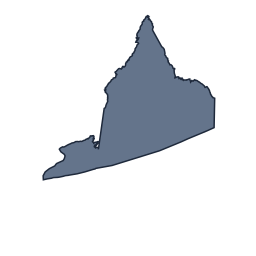 Pemba, Southern, Zambia, rotated 43°
{"feature_id": "96606910B89551378676560", "entity_name": "Pemba", "entity_type": "district", "adm_level": 2, "iso_a3": "ZMB", "parent_name": "Zambia", "parent_adm1": "Southern", "projection": "equal_earth", "projection_center": [27.31, -16.765], "detail": "fine", "context": "isolated", "style": "filled", "palette": "slate", "viewbox_px": 256, "rotation_deg": 43, "n_neighbors": 0, "source": "geoboundaries", "source_scale": "gbopen_adm2", "svg_char_len": 5425}
<svg xmlns="http://www.w3.org/2000/svg" viewBox="0 0 256 256"><g transform="rotate(43 128 128)"><path d="M101.4,223.6L103.7,220.2L106.2,217.0L107.3,215.1L110.4,211.9L111.4,210.6L113.5,207.6L114.8,205.4L116.5,203.5L117.1,202.6L122.1,196.1L126.4,189.5L130.7,182.1L131.9,180.3L132.0,179.5L141.9,166.3L166.6,123.1L176.3,101.9L179.3,94.7L187.8,76.0L190.7,69.0L171.1,47.1L170.1,47.5L169.5,47.9L168.7,47.6L167.9,47.8L167.2,47.5L166.6,47.1L166.0,47.2L165.5,47.1L164.9,46.6L164.4,46.4L163.9,46.0L163.2,45.9L162.5,45.3L161.1,44.7L160.8,44.8L160.2,44.4L159.8,44.3L158.8,44.2L157.6,43.9L157.3,44.2L156.9,45.4L156.6,45.8L155.3,45.2L151.9,45.3L150.8,45.7L148.9,45.7L148.3,46.0L146.3,46.2L145.8,46.4L145.5,46.5L145.2,46.9L144.8,46.9L144.6,47.3L144.2,47.2L143.8,47.3L143.8,47.6L143.6,48.3L143.7,49.0L143.6,49.4L143.0,49.6L142.3,49.7L142.3,50.4L142.5,50.7L142.5,51.2L142.5,51.7L141.8,51.1L140.4,50.6L139.9,50.0L139.7,50.1L139.2,50.7L138.1,53.1L137.7,53.1L137.5,53.6L135.9,54.9L135.9,55.2L135.7,55.1L135.4,55.3L135.3,55.1L135.1,55.2L134.8,54.9L134.2,54.9L133.9,55.4L133.7,55.2L133.7,55.3L133.6,55.2L133.3,55.3L133.2,55.1L133.0,55.5L132.8,56.0L132.7,55.9L132.8,55.7L132.5,55.7L132.5,55.8L132.6,56.0L132.3,55.9L132.0,56.2L131.8,56.3L131.7,56.7L131.5,56.8L131.6,56.7L131.5,56.9L131.4,56.8L131.4,57.1L131.2,57.1L131.2,57.3L131.1,57.1L131.2,56.9L130.8,56.6L130.2,56.3L129.8,56.3L128.8,57.6L128.7,58.1L128.4,58.5L128.3,59.0L128.1,59.3L127.8,58.9L127.5,58.2L127.3,57.9L124.5,56.3L122.1,54.1L121.8,53.7L122.1,53.4L121.6,52.7L121.3,52.8L120.6,53.5L120.3,53.6L119.0,52.9L117.8,52.4L116.4,52.4L116.0,52.6L115.5,53.2L114.0,52.5L112.8,52.5L112.2,52.1L112.0,51.7L111.9,51.8L111.5,51.7L111.2,51.3L110.2,50.8L110.1,50.4L109.4,50.0L108.7,50.2L107.8,50.2L106.3,49.5L105.4,49.5L105.0,49.3L104.4,48.8L104.2,48.2L100.9,45.8L99.8,45.5L98.2,45.4L97.3,45.6L97.0,45.5L79.6,39.8L78.8,39.3L78.2,38.3L77.9,37.5L77.5,36.8L75.4,36.1L75.0,35.2L74.4,35.1L73.9,35.1L72.6,34.2L72.3,34.4L71.6,34.3L70.8,33.9L70.0,33.9L69.7,34.1L69.6,34.4L69.3,34.3L69.2,34.0L68.8,34.3L68.7,33.9L68.5,33.5L68.3,33.6L68.1,33.4L67.5,33.3L67.2,33.4L67.3,33.1L67.3,32.9L67.2,33.0L67.1,32.6L66.9,32.7L67.0,32.9L66.5,32.7L66.4,32.4L66.2,32.6L66.0,32.4L65.8,32.4L65.6,33.4L65.3,34.0L65.6,35.3L66.0,35.9L66.0,36.1L66.1,37.2L65.9,38.4L66.2,38.9L66.6,39.2L66.4,39.7L66.2,40.6L66.6,41.4L67.1,41.8L67.5,42.3L67.8,44.0L67.8,44.8L67.9,45.3L68.7,46.7L69.3,47.1L69.5,47.5L69.6,48.7L69.5,49.1L69.6,49.5L69.9,49.8L69.9,50.1L69.8,50.3L70.1,51.0L70.0,51.3L70.3,52.8L71.1,54.1L71.3,54.2L71.6,54.1L73.0,55.5L73.0,55.8L72.5,56.1L72.4,56.2L72.5,56.4L72.8,56.6L73.6,56.5L73.8,56.9L74.2,56.8L74.4,56.1L74.2,55.4L74.2,55.0L74.4,54.8L74.5,55.0L75.0,56.2L75.1,57.3L74.7,58.6L74.9,59.3L75.2,60.0L75.4,59.9L76.2,59.0L76.7,58.9L77.1,58.7L78.0,58.9L78.1,59.4L78.0,61.1L78.2,61.5L78.6,62.2L78.9,63.0L79.2,65.3L80.3,66.6L80.4,67.8L80.9,68.8L81.0,69.0L80.8,69.5L80.7,70.8L80.9,71.3L81.5,71.6L81.8,72.7L81.7,73.0L81.2,74.4L81.2,75.3L81.4,75.6L81.5,76.5L81.9,77.0L82.3,77.4L82.4,77.9L82.3,78.1L81.7,78.1L81.7,78.4L81.9,79.7L82.3,79.9L82.3,80.0L82.2,80.5L81.9,80.7L81.8,80.9L82.4,82.6L82.5,82.8L83.3,83.5L83.8,85.0L83.6,85.9L83.4,86.3L82.4,86.2L82.2,86.4L82.2,86.8L82.4,87.9L82.7,88.1L82.9,88.4L82.9,88.8L82.9,89.4L82.4,89.6L81.3,90.2L80.8,90.8L80.7,91.2L80.7,93.6L80.8,94.6L80.4,95.7L80.7,96.2L81.5,96.3L82.2,96.8L82.4,96.8L82.8,96.3L83.5,96.6L83.4,97.7L84.5,99.6L84.4,99.9L84.2,100.0L83.2,101.5L83.6,102.5L83.6,102.8L83.1,104.0L83.2,104.6L83.5,105.3L83.5,106.2L83.6,107.4L83.3,108.3L83.3,108.9L83.6,109.2L83.7,110.2L83.8,111.0L84.2,112.1L84.0,113.3L84.1,113.6L84.4,113.8L84.4,114.1L84.1,114.4L84.2,114.6L84.7,114.7L85.0,114.9L85.0,115.3L85.2,115.8L85.0,116.2L85.8,116.5L86.0,116.5L86.1,116.2L86.3,116.7L86.4,116.8L86.7,116.6L86.9,116.8L86.9,117.2L87.1,117.2L87.6,117.3L88.2,117.2L89.7,117.5L90.1,117.4L90.7,118.0L91.3,118.3L91.5,118.7L92.0,119.0L92.1,119.5L92.5,119.7L92.9,119.8L93.1,120.6L93.6,120.9L93.7,121.4L94.0,121.6L94.8,122.1L95.2,122.6L95.2,123.1L95.5,123.7L95.8,125.0L96.1,125.4L96.2,126.0L96.6,126.8L96.8,127.0L97.3,128.1L97.6,128.6L97.2,129.9L120.9,163.8L119.6,162.5L119.4,162.5L118.1,163.9L117.9,164.7L117.7,164.7L117.5,163.9L117.3,163.9L117.1,164.0L116.9,164.5L116.2,164.7L115.9,164.4L116.0,164.0L116.6,163.6L116.7,163.3L116.4,163.0L116.1,163.4L115.7,163.5L115.7,163.0L115.5,162.8L115.9,162.4L116.5,162.4L116.7,162.0L116.6,161.8L116.3,161.9L116.2,161.8L116.5,160.8L116.4,160.7L116.1,160.8L115.9,160.7L116.3,159.9L115.6,159.3L115.7,158.9L115.7,158.5L115.5,158.4L115.3,158.7L115.1,158.7L114.2,160.6L113.8,160.7L113.6,160.8L113.4,162.0L113.3,162.4L113.0,162.1L112.4,162.2L112.0,162.0L111.5,162.3L111.4,162.3L111.2,161.5L111.0,160.4L110.9,160.3L110.7,160.4L110.5,160.2L110.7,159.3L110.6,159.0L110.4,158.7L110.2,158.7L110.0,159.1L109.7,159.2L109.4,158.1L109.2,157.7L108.7,157.4L108.3,157.4L108.1,157.2L107.8,157.3L107.6,157.9L107.3,157.9L106.9,158.3L106.7,158.9L105.9,159.4L105.9,159.7L106.4,161.0L106.2,162.1L106.3,162.8L106.2,163.2L105.7,163.2L105.6,163.3L105.3,164.5L104.9,165.1L104.9,165.7L104.8,166.3L104.0,167.5L103.5,169.1L103.2,169.5L102.5,169.9L101.1,171.8L100.4,172.2L99.1,173.5L98.8,174.2L98.6,175.0L98.4,175.6L97.1,177.4L96.7,178.7L96.1,179.9L95.4,181.7L94.4,185.0L93.7,186.0L93.0,186.4L92.2,188.8L92.2,190.3L95.1,191.2L99.4,190.7L101.0,191.3L102.3,193.8L102.8,196.0L100.1,202.4L100.0,203.6L100.3,205.7L98.2,211.4L97.4,216.6L98.5,220.8L101.4,223.6Z" fill="#64748b" stroke="#1e293b" stroke-width="1.5"/></g></svg>